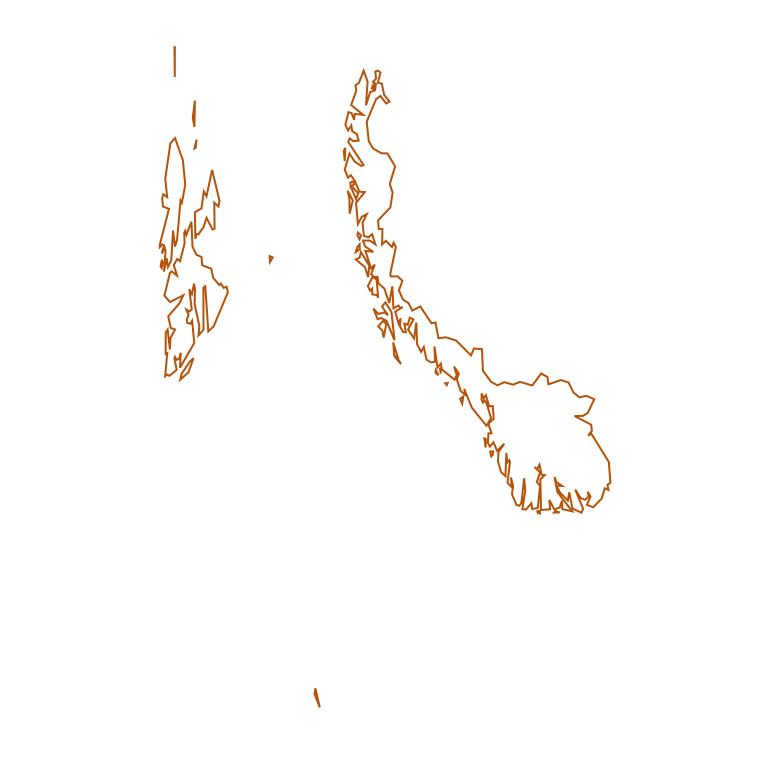 the border of Norway, rotated 273°
{"feature_id": "NOR", "entity_name": "Norway", "entity_type": "country or territory", "adm_level": 0, "iso_a3": "NOR", "parent_name": "Europe", "parent_adm1": "", "projection": "natural_earth1", "projection_center": [16.239, 69.249], "detail": "fine", "context": "isolated", "style": "outline", "palette": "amber", "viewbox_px": 768, "rotation_deg": 273, "n_neighbors": 0, "source": "natural_earth", "source_scale": "50m", "svg_char_len": 6181}
<svg xmlns="http://www.w3.org/2000/svg" viewBox="0 0 768 768"><g transform="rotate(273 384 384)"><path d="M538.6,374.3L523.3,374.8L527.1,378.4L521.2,384.8L525.6,386.2L521.3,388.7L494.1,384.5L491.8,385.1L492.2,392.0L488.0,397.0L478.3,394.0L469.5,398.4L466.1,404.3L458.8,408.4L463.3,416.2L447.1,428.3L448.1,432.2L432.5,436.0L433.9,443.2L431.2,453.8L417.1,469.4L424.2,472.0L423.9,480.0L402.4,482.1L391.7,490.9L388.6,497.5L392.1,503.9L390.1,512.9L393.2,519.7L390.3,532.2L402.7,540.4L399.5,546.9L392.3,548.2L397.2,560.5L395.2,568.2L385.4,573.7L380.9,579.8L382.8,586.6L379.8,594.8L365.8,589.0L362.6,584.4L362.0,575.9L354.2,593.0L348.2,594.1L343.3,590.6L345.0,593.8L317.9,612.6L297.2,615.3L295.1,612.4L290.0,613.7L291.4,609.9L280.9,607.3L271.9,599.4L273.9,592.9L282.3,596.1L287.1,593.1L282.4,594.3L278.9,591.0L280.3,586.4L288.6,580.5L269.8,589.4L265.8,588.0L269.5,578.7L285.6,574.7L277.2,573.7L284.9,565.4L291.6,561.5L291.5,567.2L295.2,561.2L300.1,559.1L285.2,562.8L266.7,578.7L268.4,568.6L276.8,567.9L269.9,566.0L267.7,560.6L276.9,555.2L267.6,556.4L266.4,547.4L297.1,545.1L301.4,549.3L301.6,546.2L311.5,543.5L307.1,541.5L308.9,538.6L304.0,544.5L294.2,541.8L290.3,545.2L268.3,544.1L266.9,538.6L272.7,537.4L266.0,532.4L266.3,528.7L284.8,530.7L297.2,528.9L272.2,527.4L269.4,525.4L270.4,522.5L280.5,517.6L288.9,518.2L297.3,515.7L287.7,517.0L291.7,512.5L312.4,513.9L314.5,513.1L312.0,511.2L321.6,509.8L298.4,510.1L302.2,505.5L313.1,501.8L322.1,501.9L330.7,507.3L323.2,500.4L331.5,496.4L327.0,493.0L330.7,490.8L340.2,490.9L340.4,493.9L349.8,490.3L355.0,495.4L367.6,493.8L367.2,490.2L378.2,486.3L375.0,484.3L379.8,482.0L373.4,482.3L370.6,483.8L372.8,485.4L370.8,487.1L355.7,492.7L347.6,488.5L365.1,472.9L383.3,464.4L377.6,465.6L381.0,460.9L392.4,456.5L398.2,458.2L405.1,453.0L396.7,456.3L392.0,454.3L401.6,440.9L407.3,439.7L403.3,436.6L424.1,432.4L408.9,433.8L408.1,429.5L410.6,425.1L423.0,421.8L418.0,419.4L425.6,414.9L447.1,413.1L431.1,411.6L439.7,405.2L450.0,410.0L451.6,406.3L444.4,404.6L445.3,401.2L436.7,403.1L437.0,400.2L442.6,396.8L450.5,397.3L445.2,395.4L456.8,391.4L461.8,398.7L460.9,396.2L463.1,394.3L460.0,389.5L482.0,387.2L465.1,385.0L479.3,379.4L484.3,373.1L490.7,371.9L490.3,368.4L493.1,365.4L502.8,368.6L498.8,365.0L516.0,358.4L515.4,366.4L520.3,358.0L526.1,355.5L526.5,362.3L523.0,368.1L533.0,364.3L529.6,360.8L530.9,356.2L543.8,354.1L552.7,357.8L549.7,353.0L542.4,349.6L563.5,346.6L574.6,354.7L574.8,349.3L585.0,344.4L590.8,339.9L588.2,337.3L595.9,333.6L612.4,337.5L604.6,343.0L600.6,349.9L601.6,352.1L623.8,335.6L627.5,336.8L624.9,340.6L625.8,345.9L632.1,343.8L634.8,339.0L640.5,337.8L635.3,334.9L640.8,331.9L653.6,334.3L652.8,337.4L646.3,340.4L652.2,340.6L651.7,349.2L660.8,336.6L675.6,341.0L680.7,339.9L683.4,343.2L695.8,347.3L685.1,351.8L661.3,351.4L674.8,354.9L676.8,359.7L683.1,360.2L685.2,357.2L688.6,360.1L695.5,358.9L696.7,361.6L694.8,364.2L684.5,362.1L683.7,366.2L672.7,369.0L666.4,374.7L664.2,371.5L671.5,365.3L668.0,361.2L644.9,353.0L625.6,356.1L618.6,360.8L614.3,369.3L614.4,375.4L601.9,383.7L584.0,379.3L575.6,382.6L560.7,381.1L547.0,369.5L538.5,370.7L538.6,374.3ZM460.7,160.1L483.6,164.4L485.4,166.1L481.3,171.7L491.8,167.8L498.0,171.0L496.0,173.9L513.8,177.5L524.3,176.6L526.6,177.5L522.7,178.9L535.9,183.2L511.0,185.6L503.4,189.8L501.2,195.2L493.1,196.2L490.1,205.5L481.2,207.8L474.2,214.4L475.7,215.9L471.6,218.9L472.9,221.7L467.5,223.3L432.7,210.9L427.3,205.8L472.3,200.4L470.6,198.6L428.8,200.9L422.8,196.2L432.1,196.6L453.9,190.7L468.5,190.3L474.3,189.1L463.7,187.5L468.5,184.6L448.5,188.1L446.2,186.0L448.1,182.7L442.7,185.2L437.9,183.6L434.7,184.4L434.1,187.7L437.1,189.1L415.1,192.4L389.5,179.4L404.6,179.4L398.5,178.1L397.3,175.8L400.2,173.8L398.7,173.3L387.3,176.2L380.9,169.3L382.1,167.2L380.3,165.1L403.5,165.9L402.6,164.4L423.9,163.3L427.1,165.1L407.3,168.4L418.5,168.3L427.5,172.5L428.8,168.1L440.3,165.0L453.7,175.4L462.1,179.0L454.6,166.0L460.7,160.1ZM510.6,152.7L547.7,160.1L549.6,154.0L557.4,152.8L561.9,153.6L559.3,157.7L577.6,154.8L613.2,158.1L618.6,162.5L597.0,171.4L572.7,175.1L554.4,172.7L556.7,171.2L517.0,169.8L510.3,168.1L526.2,165.3L496.5,165.1L489.6,162.1L498.2,160.3L484.7,158.4L505.2,158.9L508.0,158.1L502.7,155.2L511.0,157.0L511.8,155.3L508.9,152.9L510.6,152.7ZM519.1,188.0L545.7,186.2L549.8,192.5L566.9,194.0L562.1,196.9L588.8,201.2L558.3,210.1L552.6,209.4L556.2,205.0L530.2,206.7L529.3,204.7L540.6,198.1L531.3,195.6L523.6,190.7L524.0,189.0L519.1,188.0ZM452.8,384.4L461.2,378.0L465.6,381.1L456.3,387.7L428.3,392.2L447.2,383.2L449.7,377.8L448.4,374.3L458.8,369.5L453.7,374.7L455.5,380.8L452.8,384.4ZM480.9,362.8L490.2,366.9L488.2,371.1L469.8,373.7L472.4,372.3L472.9,367.6L478.7,367.2L476.5,365.2L480.9,362.8ZM508.9,353.0L514.6,354.0L501.5,363.1L489.9,362.6L499.7,358.9L506.9,349.3L508.9,353.0ZM383.5,181.3L395.8,188.7L399.9,192.4L385.5,188.2L377.7,180.3L383.5,181.3ZM441.2,375.2L446.9,379.7L444.1,383.2L430.3,381.2L437.3,379.6L441.2,375.2ZM575.1,337.6L565.7,343.2L552.3,340.8L567.6,339.7L575.1,337.6ZM578.2,343.0L573.0,348.3L567.2,346.4L577.0,341.6L578.2,343.0ZM412.7,392.8L426.1,391.0L411.5,396.3L412.7,392.8ZM76.5,331.4L57.7,336.8L70.8,330.9L76.5,331.4ZM709.3,157.5L679.7,159.0L710.3,157.1L709.3,157.5ZM639.6,179.1L657.1,180.3L630.8,181.2L639.6,179.1ZM604.6,333.1L614.5,331.6L617.8,333.0L604.6,333.1ZM584.6,342.7L581.6,343.5L578.8,340.4L583.5,339.9L584.6,342.7ZM533.9,350.1L531.1,353.2L527.3,351.9L531.2,349.6L533.9,350.1ZM505.7,263.1L504.5,266.3L499.8,263.7L505.7,263.1ZM618.2,184.0L610.1,183.6L609.3,182.4L618.2,184.0ZM373.2,460.8L375.7,463.8L368.4,463.1L373.2,460.8ZM514.3,348.9L519.3,350.2L522.2,352.3L517.3,352.8L514.3,348.9ZM496.5,155.7L493.4,156.7L488.2,155.9L490.0,154.7L496.5,155.7ZM334.4,488.5L325.9,488.9L334.9,487.0L334.4,488.5ZM322.4,496.5L318.8,496.2L317.4,494.9L322.1,493.6L322.4,496.5ZM409.3,397.1L404.8,400.0L409.8,395.2L409.3,397.1ZM266.1,561.9L264.9,566.2L264.6,560.6L266.1,561.9ZM400.6,435.0L395.6,438.0L397.9,434.8L400.6,435.0ZM682.4,357.7L677.9,359.2L677.5,358.7L678.7,356.3L682.4,357.7ZM402.1,439.6L397.3,440.1L403.1,439.0L402.1,439.6ZM387.9,445.1L388.3,447.5L386.1,446.7L387.9,445.1ZM265.6,546.3L262.8,546.4L263.4,544.3L265.0,543.8L265.6,546.3Z" fill="none" stroke="#b45309" stroke-width="2"/></g></svg>